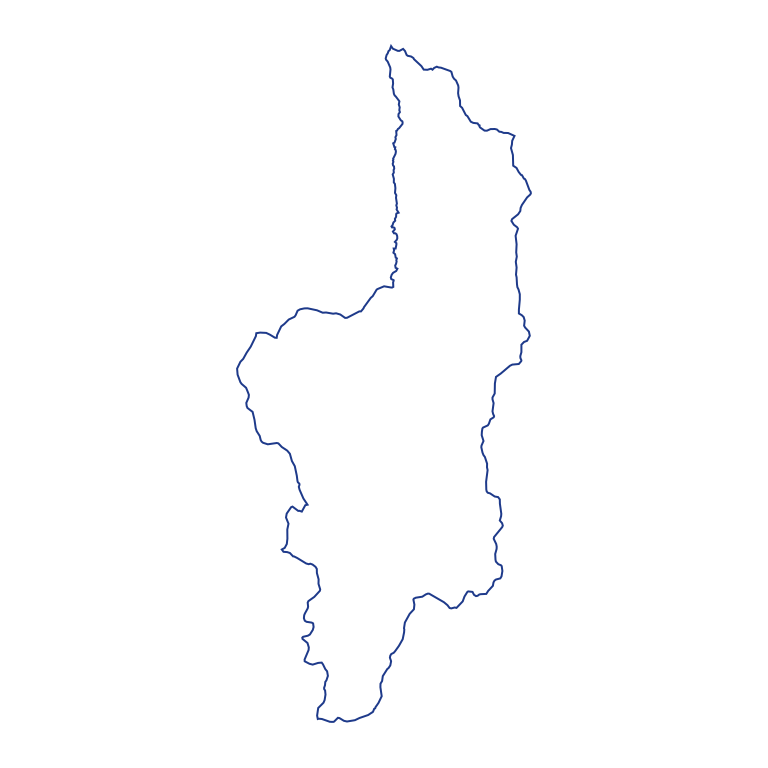 outline of Onzaga, Santander, Colombia
{"feature_id": "7082276B75716633993754", "entity_name": "Onzaga", "entity_type": "district", "adm_level": 2, "iso_a3": "COL", "parent_name": "Colombia", "parent_adm1": "Santander", "projection": "robinson", "projection_center": [-72.805, 6.343], "detail": "fine", "context": "isolated", "style": "outline", "palette": "blue", "viewbox_px": 768, "rotation_deg": 0, "n_neighbors": 0, "source": "geoboundaries", "source_scale": "gbopen_adm2", "svg_char_len": 6078}
<svg xmlns="http://www.w3.org/2000/svg" viewBox="0 0 768 768"><path d="M403.1,48.9L399.4,50.9L397.9,50.9L392.9,48.7L391.1,46.1L389.7,50.1L388.5,51.1L387.7,53.4L386.6,55.0L385.7,58.4L386.0,59.6L387.7,61.6L390.2,67.4L390.5,69.5L389.8,76.6L390.3,77.7L392.0,78.5L392.8,79.4L393.1,83.5L392.5,87.4L393.3,89.5L393.9,93.8L394.7,95.5L395.7,96.4L399.4,101.3L398.8,104.5L399.7,107.3L399.3,110.2L399.9,112.1L398.5,114.1L398.4,116.5L400.8,120.3L402.3,121.3L402.6,122.3L402.5,123.9L399.1,128.2L397.9,129.0L397.0,130.6L396.2,131.0L396.5,135.1L395.4,137.2L395.8,139.0L394.5,142.6L393.2,143.3L394.4,147.1L395.3,147.3L394.9,149.2L395.7,150.1L395.9,151.7L395.5,153.9L393.1,158.8L393.4,159.6L392.9,160.7L393.4,161.8L392.7,163.8L393.1,165.5L394.0,166.4L394.2,168.7L393.6,170.0L393.8,172.6L392.7,174.4L393.9,178.8L393.8,182.4L394.9,183.9L395.4,188.1L395.0,192.9L396.3,195.2L396.0,197.8L396.9,203.6L396.3,205.3L397.0,207.7L396.6,209.5L398.6,212.7L396.6,213.4L396.2,214.0L396.1,216.8L394.9,218.9L395.2,220.7L393.4,222.5L392.5,225.3L391.5,226.4L392.0,227.4L393.7,227.4L394.6,228.1L394.8,229.4L392.9,231.6L394.0,233.3L395.4,233.3L396.5,234.2L397.2,236.1L397.3,238.4L396.7,239.9L394.9,241.9L396.4,243.2L396.4,244.6L395.6,248.5L393.7,248.5L394.1,250.3L393.4,252.7L395.1,254.2L395.7,257.6L396.9,258.4L396.3,260.2L396.6,261.5L396.1,263.7L395.2,265.5L395.6,267.8L397.4,268.7L396.2,271.0L393.1,272.8L391.7,274.7L390.8,277.5L391.3,279.1L393.6,280.1L393.7,280.6L393.1,282.4L393.3,286.9L392.2,287.5L391.0,287.5L384.1,286.3L377.4,289.1L376.6,289.7L372.7,296.2L370.8,297.8L363.9,307.3L363.5,308.4L361.0,311.4L359.3,311.4L347.0,317.8L345.1,317.9L340.3,314.5L336.1,313.3L333.1,313.7L326.1,312.5L322.7,312.7L317.0,310.3L307.6,308.3L304.3,308.4L300.1,309.3L297.6,310.7L295.6,315.3L294.5,316.8L288.8,319.5L284.3,324.0L281.2,326.4L277.1,335.0L276.7,337.8L274.9,337.7L269.8,334.6L266.2,332.9L260.1,332.6L256.3,333.2L255.9,336.1L250.7,346.7L246.7,352.6L243.2,358.9L240.4,361.8L237.1,368.6L237.6,374.7L240.4,382.2L241.6,383.9L246.1,387.8L248.1,392.7L248.9,394.9L248.6,397.6L246.3,402.9L246.7,406.1L247.5,408.0L252.6,411.9L254.5,419.8L255.7,428.2L256.7,431.2L259.7,435.9L260.7,440.0L261.6,441.6L263.1,442.8L267.8,444.3L276.8,443.0L278.4,443.4L281.8,447.0L287.2,450.6L289.9,453.8L291.9,461.0L294.8,466.2L296.8,475.7L297.5,481.1L297.9,482.3L299.3,483.6L299.5,484.8L298.8,486.8L299.6,489.8L303.4,498.5L307.5,504.7L305.3,505.2L301.8,511.6L299.4,510.8L298.2,510.9L292.5,506.6L291.1,507.2L286.7,513.6L286.0,517.5L288.5,523.7L287.3,529.5L287.4,538.8L286.8,544.0L284.7,547.9L281.8,549.5L283.5,551.8L287.2,552.1L289.9,553.0L293.1,556.4L294.0,556.4L297.2,558.0L306.2,563.5L308.8,564.2L310.2,563.7L312.5,564.5L315.5,566.8L316.8,568.9L316.9,573.0L318.6,579.3L318.5,583.8L320.2,589.4L319.9,590.8L314.3,596.9L308.4,601.1L307.7,602.6L308.1,606.6L307.7,608.4L304.9,613.5L304.2,615.2L303.9,618.2L304.8,620.7L306.5,621.8L311.7,622.6L313.1,623.4L313.6,627.0L312.8,629.9L309.9,634.5L307.9,635.7L303.1,636.8L302.3,637.6L302.5,638.9L307.5,643.0L308.8,647.4L308.6,650.0L304.6,659.5L304.7,661.3L309.5,663.8L312.7,664.6L318.2,662.9L321.7,662.6L323.0,664.4L325.3,669.1L327.1,671.3L327.9,675.9L326.4,680.4L325.3,681.9L325.0,685.2L324.1,687.9L324.2,689.1L325.1,690.5L325.5,694.6L324.6,700.1L323.5,702.7L318.2,708.0L317.1,715.6L317.8,719.0L318.8,718.7L321.9,719.0L329.9,721.8L333.3,721.9L334.1,721.6L337.9,717.8L339.5,718.1L343.9,720.8L347.0,721.5L354.9,720.2L359.5,718.0L368.2,715.0L373.0,711.8L374.2,708.8L375.2,708.3L375.5,707.2L378.5,702.9L381.7,696.2L380.4,687.2L380.5,683.7L382.1,681.0L382.8,676.1L387.3,669.0L388.5,668.1L390.3,665.4L391.1,661.2L389.9,657.7L390.3,655.6L391.3,654.0L393.7,652.8L395.1,651.2L398.9,645.9L402.7,639.2L404.1,632.3L404.3,629.4L404.0,628.3L404.9,622.5L409.7,613.8L413.9,609.3L414.4,604.6L413.4,599.6L413.8,598.7L415.8,597.7L422.3,596.7L425.8,594.4L427.9,593.6L429.2,593.7L443.9,602.2L447.5,605.2L449.6,608.0L451.3,608.4L454.7,607.5L456.5,607.9L462.7,601.4L464.5,596.5L467.3,592.0L468.2,591.4L472.5,591.9L474.0,594.8L476.0,596.1L477.6,595.8L479.3,594.5L480.5,594.2L486.3,593.9L488.1,591.0L492.9,585.8L493.5,582.4L494.5,580.6L496.0,579.5L500.3,578.4L501.5,576.4L502.4,571.0L501.7,566.1L500.9,565.2L498.3,564.2L497.1,562.9L495.9,561.6L495.5,559.7L495.2,554.0L496.6,548.9L496.7,546.6L496.2,544.0L493.7,538.8L494.1,537.0L502.2,527.1L502.8,525.6L502.1,523.2L499.8,520.5L501.1,516.2L501.3,513.8L499.9,503.7L499.8,499.4L498.1,497.1L494.7,496.5L490.1,493.4L487.7,492.7L486.7,491.4L486.3,489.6L486.1,481.8L487.6,470.1L487.0,467.3L487.1,463.7L484.9,457.0L483.5,455.1L482.5,452.6L481.3,447.2L481.5,445.6L483.5,441.0L481.7,435.2L481.9,431.7L482.4,428.5L483.0,427.6L487.8,425.4L488.9,423.7L490.4,419.4L493.7,417.3L494.1,416.1L493.1,413.9L492.5,411.3L493.6,403.1L492.5,399.3L492.5,397.5L494.7,393.5L494.9,383.5L496.0,376.9L500.7,373.6L509.9,365.8L512.3,364.6L518.8,364.0L521.2,361.2L521.4,360.3L520.4,358.0L520.3,356.1L521.4,352.2L521.4,344.7L524.0,342.0L527.1,340.8L529.8,335.8L528.9,331.6L525.1,327.5L524.1,325.7L524.7,320.6L523.7,317.1L521.8,315.2L518.9,313.5L518.9,309.7L519.8,299.7L519.8,294.2L518.5,289.4L517.4,287.2L517.0,284.4L516.6,277.3L516.0,274.7L516.6,267.5L515.8,261.8L516.8,256.6L516.2,252.4L516.6,244.3L515.6,235.8L518.0,228.7L517.2,227.3L513.8,224.7L511.4,220.9L512.1,219.1L518.1,214.3L520.3,211.0L520.6,208.0L521.9,205.0L527.1,197.4L530.3,194.5L530.9,193.2L530.6,191.7L529.4,190.0L525.9,180.6L525.0,179.1L523.9,178.6L522.0,175.2L521.0,174.9L518.7,172.0L516.5,167.9L513.2,165.7L512.9,155.0L511.0,148.1L511.9,144.6L512.2,140.8L514.5,135.9L508.1,133.0L503.6,132.9L501.3,131.9L499.3,131.7L496.9,129.5L494.8,129.0L490.5,129.1L486.9,130.7L484.5,130.6L480.0,127.4L479.4,126.3L479.6,125.4L478.5,124.8L477.6,123.4L473.3,122.9L470.8,121.7L467.4,116.1L465.8,115.0L462.1,107.8L460.1,106.0L460.0,100.4L458.6,96.4L458.1,93.2L458.5,87.6L458.2,85.5L456.0,80.5L454.0,78.7L452.7,76.6L451.4,71.9L450.2,71.0L441.0,67.7L438.5,67.4L436.8,66.7L434.2,67.9L432.5,69.7L431.0,68.7L427.4,69.8L423.7,69.6L421.4,66.1L414.0,59.2L413.4,58.0L411.1,56.5L407.7,55.8L406.6,54.9L405.0,51.0L403.1,48.9Z" fill="none" stroke="#1e3a8a" stroke-width="2"/></svg>